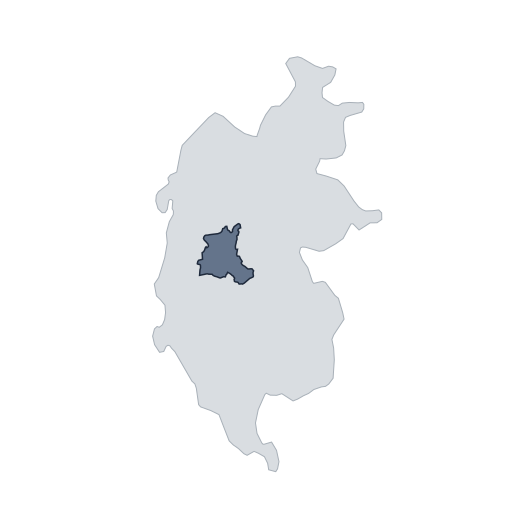 Switzerland, with Lucerne highlighted, rotated 285°
{"feature_id": "CHE-163", "entity_name": "Lucerne", "entity_type": "Canton", "adm_level": 1, "iso_a3": "CHE", "parent_name": "Switzerland", "parent_adm1": "", "projection": "natural_earth1", "projection_center": [8.13, 47.03], "detail": "fine", "context": "in_parent", "style": "filled", "palette": "slate", "viewbox_px": 512, "rotation_deg": 285, "n_neighbors": 0, "source": "natural_earth", "source_scale": "10m", "svg_char_len": 4636}
<svg xmlns="http://www.w3.org/2000/svg" viewBox="0 0 512 512"><g transform="rotate(285 256 256)"><path d="M374.6,172.9L377.4,174.4L383.8,179.4L382.4,188.1L375.1,202.0L371.3,213.3L370.9,221.9L371.6,226.0L373.0,225.9L380.0,226.5L383.6,226.5L394.9,228.8L404.0,232.3L405.8,235.9L407.0,240.3L417.8,246.3L430.2,250.2L434.4,249.0L449.6,234.9L455.6,237.2L459.2,244.7L459.1,248.7L455.0,263.6L454.4,271.7L458.1,277.0L458.5,281.1L457.5,284.9L451.3,285.3L443.1,283.2L436.1,276.7L430.8,277.5L426.3,279.2L424.0,285.3L422.0,292.6L422.6,296.7L426.0,299.8L428.5,306.5L430.4,315.1L431.9,319.1L430.4,320.9L426.0,322.0L422.4,320.9L416.1,310.5L413.1,306.6L408.1,305.9L399.3,308.4L385.9,314.2L380.5,314.2L375.9,313.0L371.5,308.1L367.8,298.6L366.6,292.7L364.0,292.9L355.4,291.2L351.4,293.5L351.4,303.2L350.7,315.3L346.4,323.0L334.4,336.5L330.0,342.4L328.3,346.6L327.9,350.3L329.8,356.6L332.3,362.7L330.2,366.2L323.9,368.0L319.4,364.3L317.6,357.7L307.8,348.8L312.2,341.3L311.5,339.4L295.4,335.6L288.5,329.9L278.7,320.0L276.9,315.7L277.3,301.9L276.7,298.5L275.4,296.9L270.7,297.0L264.2,301.8L258.2,309.0L245.8,317.1L244.5,318.8L248.7,326.7L248.5,329.8L238.4,342.3L236.5,346.5L223.7,354.4L217.8,357.4L200.0,351.5L195.1,350.9L187.2,354.8L176.0,358.5L157.9,362.1L151.2,359.4L148.1,356.9L146.5,353.1L142.0,346.4L136.9,342.4L133.3,338.0L128.6,333.3L125.6,329.3L129.7,316.6L126.8,312.1L125.3,305.8L126.1,301.4L124.5,300.4L108.2,297.9L94.6,298.7L84.9,302.9L76.9,310.0L76.0,311.5L76.4,312.8L80.3,319.2L73.6,326.1L63.3,331.4L56.0,331.9L52.8,330.9L52.8,323.6L58.8,320.9L64.3,316.1L66.1,309.4L66.8,304.7L61.2,299.0L61.9,295.5L65.5,288.8L67.6,283.0L70.5,277.9L81.8,269.6L93.2,261.3L95.0,252.4L95.9,241.6L97.5,239.1L112.8,232.6L116.6,230.1L118.6,226.4L130.6,214.4L142.6,202.4L145.0,198.4L147.0,196.0L147.0,194.1L145.5,192.6L139.9,191.6L138.0,187.8L144.1,181.0L151.8,176.9L159.3,176.8L162.3,178.7L162.1,181.0L165.3,183.4L170.9,184.2L177.9,183.3L184.9,180.8L189.2,174.8L191.7,170.2L202.6,165.0L210.0,167.6L230.6,168.3L245.6,166.9L255.1,163.4L266.7,163.4L274.6,165.4L276.0,165.1L278.1,164.6L280.2,162.7L287.6,161.4L288.6,159.8L288.3,158.2L287.0,157.4L277.9,158.2L274.4,157.0L273.5,154.1L276.4,149.1L283.1,145.0L288.8,144.0L292.8,145.1L302.8,152.7L305.2,152.9L306.6,151.6L308.6,150.8L312.1,152.3L315.9,157.0L316.6,157.7L338.8,156.1L343.8,156.1L358.9,164.3L374.6,172.9Z" fill="#d9dde1" stroke="#a8b0b8" stroke-width="1"/><path d="M273.8,216.8L274.9,218.3L275.7,218.5L276.1,218.7L276.5,218.7L276.6,218.8L277.1,220.1L274.4,221.5L273.9,222.0L273.6,222.4L273.5,222.8L273.5,223.4L273.3,223.8L273.0,224.2L272.2,225.0L272.1,225.3L272.2,226.0L272.7,226.5L273.7,227.0L275.1,226.5L278.7,227.3L282.2,230.1L282.5,230.5L282.8,231.0L282.5,231.9L282.2,232.5L279.2,233.9L278.7,233.1L277.5,232.0L276.2,231.8L275.4,232.5L275.3,233.0L274.4,233.3L271.4,233.2L271.2,232.7L270.3,232.2L268.9,232.8L266.9,233.4L265.8,233.2L264.7,233.2L263.6,233.4L261.4,233.4L259.9,233.6L258.1,234.2L257.6,234.5L257.3,235.0L257.3,235.5L257.7,236.4L252.7,236.8L251.2,237.7L251.0,238.0L251.3,239.0L251.4,239.6L251.3,240.1L249.4,241.6L247.3,244.0L246.9,244.1L246.7,244.0L246.5,243.7L246.4,243.6L246.1,243.5L245.6,243.6L245.1,243.7L244.8,244.0L244.1,244.8L243.8,245.4L243.5,246.2L243.1,247.9L241.6,251.0L241.4,251.6L241.7,252.8L242.1,253.6L242.6,255.4L241.1,257.5L239.3,257.4L237.7,257.9L236.3,258.6L235.6,258.7L235.1,258.6L233.9,257.3L232.8,255.8L226.8,251.7L225.4,250.3L225.4,249.4L224.6,247.2L224.7,246.6L225.6,245.9L225.9,245.2L225.9,244.4L225.7,243.0L225.8,242.3L225.9,241.8L226.2,241.6L227.0,241.3L227.7,240.9L227.9,240.9L228.7,241.1L229.1,241.0L229.6,240.7L229.8,240.3L230.0,239.8L230.2,239.6L230.7,239.3L230.8,239.1L230.9,238.7L231.0,238.0L231.2,237.7L231.5,237.3L231.7,237.0L232.0,236.0L232.3,235.5L232.9,232.8L230.9,232.5L230.3,232.0L227.9,231.8L227.6,229.9L227.1,229.4L226.5,228.5L225.7,227.6L225.5,226.8L225.5,226.1L225.8,223.7L225.8,221.5L226.0,220.3L226.2,219.5L227.0,218.4L226.2,214.9L226.2,213.7L225.9,212.8L225.4,211.8L225.0,211.1L222.7,206.5L228.2,205.5L230.2,205.5L232.5,204.8L232.9,204.5L233.0,204.4L233.2,204.1L233.2,203.7L233.1,202.7L233.1,201.8L233.2,201.5L233.3,201.3L233.7,201.3L235.6,201.2L237.0,201.7L239.0,205.2L245.2,203.1L246.6,204.3L248.4,204.8L250.8,204.9L251.7,205.2L251.9,205.4L251.3,205.6L251.1,205.7L251.1,205.9L251.3,206.1L251.4,206.5L251.6,206.7L251.9,207.0L252.3,207.2L252.9,207.5L253.7,207.4L255.2,206.4L257.3,203.3L257.7,202.3L259.2,200.8L260.7,200.7L262.2,201.2L262.7,201.6L263.2,202.3L263.5,203.4L263.9,204.4L264.6,205.7L267.6,213.2L267.9,213.7L268.9,215.1L269.6,215.8L270.1,216.2L271.2,216.7L273.7,216.8L273.8,216.8Z" fill="#64748b" stroke="#1e293b" stroke-width="1.5"/></g></svg>